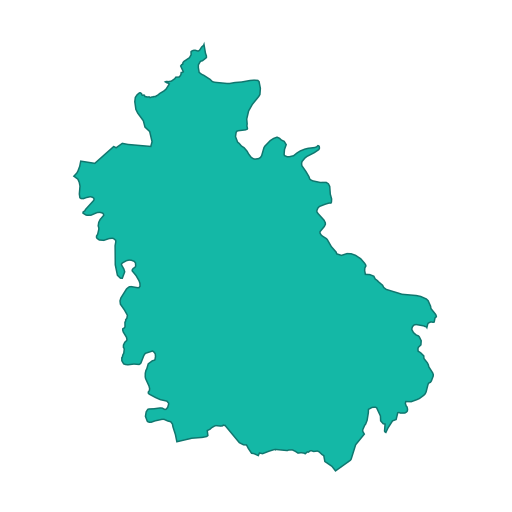 Chapulhuacán, Hidalgo, Mexico, rotated 277°
{"feature_id": "50627088B31235975347334", "entity_name": "Chapulhuacán", "entity_type": "district", "adm_level": 2, "iso_a3": "MEX", "parent_name": "Mexico", "parent_adm1": "Hidalgo", "projection": "natural_earth1", "projection_center": [-98.94, 21.126], "detail": "fine", "context": "isolated", "style": "filled", "palette": "teal", "viewbox_px": 512, "rotation_deg": 277, "n_neighbors": 0, "source": "geoboundaries", "source_scale": "gbopen_adm2", "svg_char_len": 6048}
<svg xmlns="http://www.w3.org/2000/svg" viewBox="0 0 512 512"><g transform="rotate(277 256 256)"><path d="M459.6,178.6L458.8,178.4L456.8,176.6L453.3,174.9L452.3,173.6L452.8,170.5L452.5,168.9L451.7,167.4L450.8,166.6L447.9,167.1L444.7,165.8L440.4,160.8L439.2,160.0L437.3,159.8L436.9,158.9L435.4,158.1L430.0,161.4L429.2,160.4L429.0,159.4L426.9,159.4L425.5,158.8L424.2,157.8L423.7,154.6L422.1,153.8L419.2,150.6L418.3,147.5L418.4,146.3L417.8,146.1L418.1,145.3L417.8,144.8L416.9,146.8L417.0,147.5L416.2,149.0L410.7,146.4L408.5,144.4L405.7,140.8L403.4,138.6L402.8,137.4L402.0,137.1L401.8,135.1L401.3,134.5L401.3,133.6L400.3,131.5L400.9,130.7L400.5,128.2L400.7,127.9L400.7,126.3L401.9,125.7L402.1,125.1L401.7,123.9L402.1,123.0L403.2,122.6L403.9,121.3L403.7,120.4L401.6,118.4L398.7,116.9L394.4,116.9L386.9,118.9L383.4,121.2L376.5,127.7L370.4,130.1L366.6,135.3L356.8,138.9L351.9,138.2L351.1,115.3L351.5,109.6L346.4,104.0L347.3,101.4L328.3,84.7L328.8,70.5L323.5,70.1L318.6,68.9L316.6,68.1L313.0,65.5L310.6,69.8L307.6,71.6L303.9,72.8L296.0,73.1L292.4,74.1L291.7,75.4L291.9,77.7L293.3,80.4L294.7,84.4L294.3,86.8L293.5,88.0L292.6,88.4L291.3,88.1L281.4,81.1L280.1,80.7L278.5,79.0L277.4,79.1L275.9,82.4L275.9,83.8L276.4,87.2L279.8,93.1L280.3,95.7L279.9,98.5L279.2,99.4L277.8,99.9L273.3,96.9L270.2,95.8L266.7,95.7L264.6,96.6L263.1,96.7L258.3,96.2L256.4,95.3L255.1,95.4L254.1,96.1L252.8,98.5L253.0,103.0L255.4,108.0L256.1,111.1L256.0,112.4L254.5,114.8L253.0,115.1L249.1,114.9L230.1,117.4L220.0,120.8L217.5,124.1L217.6,126.0L224.3,127.6L227.0,126.4L230.5,123.8L231.6,123.4L232.9,124.3L235.6,128.0L236.5,130.5L236.6,132.7L235.9,135.7L234.5,137.2L231.4,137.8L230.2,137.4L228.6,135.6L227.3,134.9L226.2,134.9L221.9,139.4L217.2,142.9L214.8,144.1L211.9,144.6L210.3,143.7L210.1,142.5L210.4,135.9L210.0,134.0L208.6,132.5L207.5,131.5L197.9,127.0L194.9,126.5L191.6,127.3L186.4,132.0L181.5,135.6L178.5,135.4L176.8,134.4L175.7,134.6L174.3,134.0L169.8,134.6L168.7,134.2L167.6,132.7L166.4,132.7L164.4,133.5L159.6,137.3L157.4,138.1L156.3,137.9L154.4,136.3L151.5,135.3L149.2,135.5L148.3,136.3L147.2,136.6L143.4,136.6L141.7,135.9L139.1,135.6L138.7,135.2L135.7,135.6L132.8,137.8L132.4,139.7L132.4,142.1L133.9,148.0L134.1,153.2L135.2,154.5L136.1,154.9L143.6,156.8L145.9,158.0L149.1,164.9L148.3,166.3L146.7,167.9L144.1,168.5L141.2,168.4L140.3,168.1L139.3,165.8L135.8,162.2L130.5,161.3L129.1,160.7L126.2,160.4L122.5,160.8L120.8,161.4L113.8,165.7L111.4,166.6L109.4,166.6L107.9,165.7L106.8,165.8L105.9,166.8L103.3,173.5L101.8,178.4L101.1,185.2L99.3,187.2L98.3,187.3L95.0,186.8L92.8,185.3L92.6,184.1L93.6,181.4L93.5,179.4L91.9,173.2L91.1,168.4L90.6,167.3L87.9,166.0L83.4,165.8L78.8,168.2L78.3,168.9L78.0,170.4L78.3,172.4L80.0,175.7L82.4,182.5L82.7,184.6L81.5,188.5L81.1,191.5L79.1,193.5L76.3,194.4L68.9,197.8L62.0,200.1L67.3,214.4L69.4,224.8L70.8,229.0L71.9,230.1L76.8,228.9L78.5,231.5L80.1,232.8L82.3,235.7L82.8,237.0L82.9,241.6L83.3,243.4L84.2,244.1L83.9,245.0L84.2,245.8L68.7,262.2L67.1,266.6L67.3,269.6L64.1,271.8L59.7,275.6L59.6,278.1L58.2,282.6L60.9,283.4L60.6,286.6L63.8,292.6L66.1,297.6L66.2,298.3L66.0,298.9L66.4,299.1L66.7,310.7L67.4,312.0L68.0,315.7L66.9,318.9L65.5,321.7L66.3,324.8L66.2,327.8L65.7,328.9L67.8,330.8L67.7,331.9L69.2,333.5L69.5,334.7L69.0,337.0L69.9,340.7L69.3,342.6L67.0,345.7L66.1,347.6L60.4,349.4L56.5,357.0L52.4,361.1L64.8,374.6L66.0,375.2L80.8,377.9L92.4,385.2L95.0,383.3L96.5,383.1L101.2,384.5L102.5,385.3L106.5,386.3L114.1,386.6L117.5,386.3L119.9,389.7L120.5,392.9L120.1,394.2L112.4,399.0L107.6,399.8L105.0,402.7L104.9,404.6L97.9,404.9L97.1,405.5L96.7,406.4L101.3,407.9L109.0,411.6L110.8,415.0L117.7,415.8L118.1,417.0L117.7,418.5L118.3,422.9L119.5,424.4L120.6,425.1L122.3,425.1L124.6,424.3L125.3,423.4L127.9,422.2L129.8,422.4L130.3,427.8L133.0,433.1L134.5,435.6L138.2,439.5L139.8,440.7L141.9,441.4L149.7,442.4L151.2,443.2L151.9,444.5L153.4,445.3L158.4,446.5L159.9,446.4L161.5,445.6L167.1,441.0L169.0,440.3L170.8,439.1L174.8,435.1L177.3,434.7L180.0,431.2L181.3,428.5L183.7,428.0L185.2,428.3L187.9,430.5L192.0,430.3L195.7,427.9L196.5,426.9L197.1,424.6L199.2,421.6L202.0,419.6L203.5,419.6L205.1,420.0L207.0,421.5L207.5,423.6L207.1,431.0L206.5,432.7L206.6,433.7L205.8,434.3L209.7,434.8L210.5,435.3L211.9,437.6L211.8,439.9L212.2,440.9L216.3,441.2L217.7,442.4L218.2,442.3L219.8,441.5L225.2,436.0L227.4,435.4L232.6,432.3L234.1,430.3L235.9,424.4L236.3,420.0L235.8,405.6L238.7,389.3L240.3,386.6L242.4,385.2L245.9,379.8L246.2,379.8L247.7,377.1L250.3,375.4L251.4,371.2L251.1,366.8L254.8,365.6L257.4,365.5L259.5,366.3L260.7,365.8L262.1,364.6L266.0,360.3L268.8,354.7L269.8,350.2L269.5,346.1L267.0,340.7L268.0,335.8L269.6,335.1L274.5,329.6L280.9,324.8L281.8,323.8L283.9,319.4L285.0,317.9L286.6,316.7L288.0,316.6L293.6,320.2L296.0,321.0L297.5,320.7L299.9,319.1L305.6,312.5L306.9,311.3L308.1,310.8L311.0,311.5L312.9,312.9L315.9,318.5L317.4,321.9L317.7,323.9L318.7,324.3L321.8,324.1L326.4,322.2L334.0,320.7L336.4,319.1L337.6,316.7L336.8,310.7L337.5,303.1L338.2,301.1L338.9,300.0L341.3,298.8L346.0,295.2L351.2,290.5L353.2,290.0L355.3,290.1L359.2,292.6L361.1,294.5L365.7,301.3L369.2,305.3L370.4,305.8L371.4,305.7L372.4,305.4L373.0,304.8L373.1,304.0L371.7,302.9L370.8,301.0L369.2,294.5L368.0,291.4L365.7,287.2L363.3,284.2L360.1,281.1L358.6,277.1L358.3,274.9L359.1,272.1L360.2,271.5L365.2,271.3L370.2,272.4L373.2,270.0L374.2,267.0L375.7,265.0L376.5,262.4L374.8,259.1L372.3,256.1L366.1,251.4L364.5,250.7L356.3,249.4L354.3,248.4L353.0,246.7L352.0,243.1L352.3,241.3L353.4,239.1L356.4,236.2L359.0,234.3L362.0,231.0L363.4,228.1L365.7,225.6L366.7,223.9L372.0,221.1L376.4,221.2L377.7,222.0L378.2,223.2L379.9,230.1L380.8,231.8L381.5,232.0L384.0,231.1L386.1,231.1L390.8,230.1L399.1,231.0L406.1,233.9L414.7,239.3L416.8,240.2L422.9,239.9L429.4,237.8L430.5,236.4L430.3,232.7L429.5,228.8L426.9,220.4L425.6,213.9L424.0,208.8L423.7,206.4L423.4,194.4L423.5,192.7L423.9,191.2L425.7,188.9L429.0,182.1L429.7,179.9L431.3,177.2L436.0,175.8L438.7,175.5L442.0,176.9L442.7,177.6L443.3,179.1L446.9,182.6L448.5,182.4L451.2,181.1L459.6,178.6Z" fill="#14b8a6" stroke="#0f766e" stroke-width="1.5"/></g></svg>